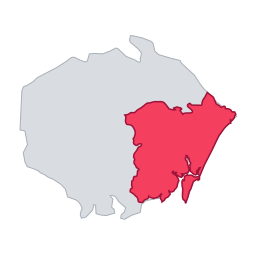 Southern highlighted on a map of Sierra Leone, rotated 273°
{"feature_id": "SLE-760", "entity_name": "Southern", "entity_type": "Province", "adm_level": 1, "iso_a3": "SLE", "parent_name": "Sierra Leone", "parent_adm1": "", "projection": "robinson", "projection_center": [-12.13, 7.714], "detail": "fine", "context": "in_parent", "style": "filled", "palette": "rose", "viewbox_px": 256, "rotation_deg": 273, "n_neighbors": 0, "source": "natural_earth", "source_scale": "10m", "svg_char_len": 7245}
<svg xmlns="http://www.w3.org/2000/svg" viewBox="0 0 256 256"><g transform="rotate(273 128 128)"><path d="M220.5,125.7L220.4,127.8L218.6,137.8L215.8,146.4L214.0,148.5L206.2,150.8L202.9,154.6L200.0,166.8L198.2,176.4L195.5,178.0L184.0,191.8L176.5,197.1L171.2,201.6L166.3,207.4L160.0,213.2L153.3,222.8L148.5,232.8L145.3,235.9L142.8,233.1L131.4,223.2L119.3,216.6L93.6,205.5L85.1,202.4L85.4,198.5L88.3,191.3L83.5,182.9L85.4,176.8L83.5,176.8L79.9,180.5L72.0,179.4L66.8,174.1L62.6,172.2L60.8,169.6L58.0,155.7L56.1,149.4L52.2,145.5L44.3,144.6L41.0,136.1L36.7,129.5L37.4,125.5L40.9,125.7L43.7,128.6L48.2,129.9L53.8,122.8L58.8,118.9L60.0,115.5L59.4,113.7L56.3,116.6L48.0,115.8L46.0,118.4L42.3,119.2L39.4,110.9L39.6,106.0L40.7,100.6L49.1,99.7L49.8,98.0L44.0,96.8L36.8,90.6L35.5,86.2L39.1,84.8L42.5,85.4L45.5,86.4L48.7,84.8L51.8,82.4L53.6,79.4L56.0,71.3L63.9,68.6L68.5,63.6L72.9,55.9L74.9,50.4L76.7,47.7L77.8,45.4L78.7,42.8L80.7,40.4L82.7,34.7L84.1,29.4L88.6,26.9L97.9,24.7L106.2,28.5L119.7,25.2L120.4,20.3L132.8,20.2L147.4,20.1L159.6,20.1L163.7,21.4L165.3,25.0L169.3,30.8L173.5,34.7L178.7,43.5L184.7,53.6L191.2,62.8L195.4,67.7L195.9,69.5L195.6,71.4L193.5,76.1L191.8,81.1L192.0,83.0L193.2,84.0L200.0,85.5L200.7,91.2L200.7,98.9L204.0,106.2L207.1,111.5L207.0,113.4L199.3,122.5L196.3,131.6L194.8,134.1L194.2,136.1L195.7,137.1L197.8,136.5L200.8,137.2L203.6,137.5L207.4,134.2L213.7,125.9L215.8,124.9L220.5,125.7ZM82.6,198.9L81.7,200.8L77.6,196.3L56.4,189.5L62.4,186.0L77.1,184.9L81.5,187.0L83.4,188.7L84.1,192.0L82.6,198.9Z" fill="#d9dde1" stroke="#a8b0b8" stroke-width="1"/><path d="M167.6,205.3L163.6,211.1L163.1,211.7L158.0,214.2L157.0,214.5L154.8,218.3L153.7,219.5L153.7,220.4L154.6,222.1L154.8,222.9L154.6,223.5L154.3,223.9L153.9,224.1L152.5,224.3L152.3,224.7L152.5,226.2L152.4,227.2L152.0,228.5L151.4,229.7L149.8,230.8L149.5,231.9L149.6,233.7L149.1,234.0L147.2,235.0L146.2,234.1L143.6,233.5L142.4,232.7L141.2,231.8L140.3,230.9L140.9,230.8L141.2,230.6L141.3,230.4L141.6,229.9L139.9,229.9L139.1,230.0L138.6,230.4L138.2,230.4L137.7,228.8L136.8,227.8L133.5,224.7L124.8,219.0L110.4,213.1L95.6,206.4L83.8,202.2L85.6,200.4L87.9,200.3L90.2,201.1L92.2,202.2L92.1,201.6L91.8,201.1L91.4,200.8L90.7,200.7L90.3,200.6L89.8,199.7L89.3,199.3L88.1,198.8L87.5,198.7L86.4,199.4L85.9,199.1L85.4,198.6L84.8,198.3L84.7,197.7L85.2,196.4L86.0,195.1L87.1,194.0L87.8,192.9L88.6,192.1L89.7,192.5L90.4,192.2L91.1,192.1L92.6,192.1L93.0,192.0L93.7,191.7L94.1,191.6L94.6,191.8L95.3,192.4L95.6,192.5L96.8,192.2L97.8,191.4L99.0,190.8L100.7,190.7L100.4,190.0L100.3,189.7L101.4,189.3L102.5,189.2L103.4,188.7L103.6,187.3L103.2,187.3L102.8,187.4L102.4,187.4L102.0,187.5L101.5,187.8L101.2,187.1L101.1,186.9L100.5,187.0L99.8,187.0L99.2,187.1L98.9,187.5L98.8,188.1L98.4,188.4L97.3,188.8L96.6,189.2L95.4,189.2L94.8,189.4L93.5,190.1L92.2,190.3L90.9,191.0L90.1,191.2L89.7,191.1L88.5,190.8L87.8,190.7L86.4,190.2L86.0,188.8L85.6,187.3L84.6,186.3L84.6,185.9L84.9,185.6L85.1,185.2L85.1,184.7L85.1,184.0L84.6,184.4L84.2,184.8L83.8,184.8L83.4,184.4L83.0,184.4L83.0,185.4L81.5,183.8L82.3,181.4L84.6,177.7L85.6,178.3L86.0,178.7L86.3,178.2L86.0,177.3L85.9,176.3L86.3,175.6L87.1,175.3L85.9,174.4L84.8,175.5L83.0,178.7L79.9,180.8L77.9,181.6L77.0,180.8L76.5,180.9L72.6,180.0L72.2,180.0L71.8,179.9L71.2,179.7L68.7,177.7L67.8,177.3L67.1,176.6L66.5,175.3L66.3,174.1L66.5,173.2L67.1,172.6L68.2,172.0L67.1,172.2L64.0,173.6L61.1,171.5L60.2,169.7L59.7,168.9L58.7,168.6L58.1,168.3L57.3,167.5L55.9,165.8L57.2,165.5L59.2,164.1L60.4,163.8L61.4,164.0L62.4,164.3L64.4,165.3L63.2,163.9L61.6,162.7L60.3,161.3L59.3,157.9L59.1,157.6L58.9,157.4L59.0,156.9L59.4,155.9L59.5,155.0L59.9,154.0L60.4,153.1L61.1,152.4L59.1,152.0L58.3,151.2L57.8,149.8L56.8,148.1L56.1,147.5L55.3,147.1L54.6,146.5L54.3,145.4L54.4,144.4L54.5,143.5L54.8,142.6L54.9,142.3L55.0,142.2L58.0,141.4L58.7,141.1L59.6,140.4L60.6,139.0L61.3,138.4L62.3,137.1L63.0,136.0L63.4,135.5L63.7,134.9L64.0,134.2L64.2,133.9L64.3,133.7L64.8,133.5L65.3,133.4L66.5,133.6L67.1,133.8L67.5,134.0L67.8,134.5L68.0,134.9L68.1,135.2L68.3,135.4L68.7,135.5L69.1,135.4L70.4,134.7L70.9,134.6L74.6,134.6L75.0,134.6L75.3,134.8L75.5,134.9L75.7,135.2L75.8,135.5L76.2,135.8L76.7,136.0L77.8,136.0L78.9,136.1L79.5,136.4L79.8,136.6L80.0,136.9L80.0,137.2L80.0,138.1L80.1,138.5L80.2,138.8L80.4,139.1L80.6,139.4L81.0,139.5L85.7,139.8L86.0,139.9L86.2,140.2L86.4,140.4L86.5,140.8L86.8,141.0L87.1,141.1L87.7,140.7L88.0,140.4L88.2,140.0L88.6,139.0L88.8,138.7L89.0,138.5L89.3,138.3L91.1,137.4L91.7,137.0L92.1,136.7L92.5,136.2L92.9,136.0L93.5,135.9L95.3,135.8L95.7,135.9L96.0,136.1L96.3,136.2L96.7,136.3L97.2,136.2L99.0,135.3L99.4,135.2L99.9,135.1L100.8,135.2L102.0,135.4L102.5,135.5L106.2,137.9L109.3,139.3L109.5,139.5L110.0,140.8L110.2,141.1L110.6,141.7L110.8,141.9L111.0,142.1L111.4,142.2L111.7,142.2L112.3,142.4L112.6,142.4L112.8,142.0L112.9,141.2L112.9,140.9L112.9,140.5L112.6,139.8L112.5,139.6L112.2,139.4L112.0,139.2L111.8,139.0L111.2,137.7L111.1,137.4L111.1,137.0L111.2,136.7L111.3,136.4L112.4,134.7L112.6,134.5L112.9,134.5L113.3,134.5L113.9,134.3L114.8,134.2L115.6,134.4L116.0,134.4L116.4,134.3L117.1,133.9L117.5,133.7L117.9,133.9L119.0,134.7L121.4,135.3L122.9,135.5L124.5,135.4L125.7,135.0L128.5,133.6L128.9,133.3L130.4,131.8L130.8,131.2L131.1,130.6L131.4,129.1L131.5,127.3L131.5,126.9L131.7,126.6L131.9,126.3L132.2,126.1L133.6,125.4L134.3,125.2L135.0,125.1L138.5,125.3L139.4,125.1L140.8,124.1L141.4,127.0L141.9,127.9L142.4,128.5L143.3,129.6L143.5,130.2L143.6,130.6L143.5,131.8L143.6,132.9L143.7,133.5L143.9,133.9L145.2,135.3L145.5,135.5L146.6,136.6L149.2,140.5L153.4,145.2L153.8,145.9L154.0,146.3L154.0,146.7L153.9,146.9L153.9,147.2L154.0,147.6L154.1,148.0L155.6,152.7L155.8,154.1L155.8,156.8L156.1,158.6L156.1,159.4L156.0,160.2L155.7,161.7L155.4,162.3L155.3,162.6L155.1,162.9L154.8,163.1L154.4,163.5L153.6,164.4L153.4,164.6L149.4,167.9L149.3,168.2L149.1,168.5L148.5,171.7L148.5,173.4L148.6,174.0L148.7,174.4L148.8,174.3L149.0,174.1L149.9,172.8L150.1,172.6L150.3,172.5L151.5,175.6L151.5,176.1L151.5,176.5L151.3,176.8L151.2,177.2L151.0,178.8L150.8,179.5L150.4,180.1L150.2,180.3L150.0,180.5L149.6,180.5L149.4,180.5L149.2,180.2L148.9,179.5L148.8,179.2L148.6,179.0L148.4,179.0L148.1,179.1L146.2,180.7L144.5,181.9L144.5,182.0L145.3,182.4L145.6,183.4L146.0,185.0L146.2,188.7L146.5,190.3L146.8,191.1L147.1,191.2L147.3,191.4L147.7,191.5L148.0,191.5L148.3,191.4L148.6,191.2L148.8,191.0L150.2,189.6L152.1,187.0L152.6,186.6L153.2,186.3L153.5,186.2L153.9,186.2L154.2,186.3L154.5,186.5L154.8,186.7L155.0,186.9L155.9,188.3L155.8,188.6L154.4,190.2L154.2,190.8L154.2,191.5L154.4,194.7L154.4,195.1L154.4,196.6L154.5,198.2L154.5,199.8L154.6,200.1L154.8,200.3L155.5,200.5L156.2,200.6L157.1,200.6L157.8,200.7L159.4,201.2L161.5,202.2L163.1,203.3L167.6,205.3L167.6,205.3ZM84.6,189.7L83.9,190.2L83.9,191.0L84.2,193.1L84.1,194.3L83.7,195.1L83.1,195.8L82.6,196.9L82.5,198.0L83.0,200.3L83.0,201.2L82.2,202.0L81.1,202.2L80.1,201.8L79.6,200.7L80.8,200.7L80.0,199.0L78.9,197.3L77.7,196.0L76.4,195.5L75.5,195.4L69.9,193.7L67.9,192.5L62.7,191.6L56.4,189.7L56.4,189.2L58.7,188.6L58.9,187.6L59.7,186.7L60.6,186.3L63.0,185.9L69.7,185.9L70.7,185.8L73.0,185.1L76.7,184.7L78.0,184.8L79.2,185.4L78.3,186.6L78.9,187.0L81.3,186.9L82.4,187.2L83.2,187.9L84.0,188.7L84.6,189.7Z" fill="#f43f5e" stroke="#9f1239" stroke-width="1.5"/></g></svg>